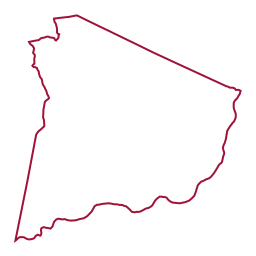 the district of Barão de Grajaú, Maranhão, Brazil
{"feature_id": "56859067B33143624051874", "entity_name": "Barão de Grajaú", "entity_type": "district", "adm_level": 2, "iso_a3": "BRA", "parent_name": "Brazil", "parent_adm1": "Maranhão", "projection": "natural_earth1", "projection_center": [-43.215, -6.594], "detail": "fine", "context": "isolated", "style": "outline", "palette": "rose", "viewbox_px": 256, "rotation_deg": 0, "n_neighbors": 0, "source": "geoboundaries", "source_scale": "gbopen_adm2", "svg_char_len": 2713}
<svg xmlns="http://www.w3.org/2000/svg" viewBox="0 0 256 256"><path d="M234.8,88.5L232.8,87.7L229.6,87.6L228.2,86.7L226.2,86.2L205.4,76.6L172.2,61.3L152.8,52.3L141.2,46.6L139.8,45.9L112.1,32.5L110.1,31.5L107.2,30.1L98.2,25.8L76.9,15.4L75.0,15.7L68.9,16.9L61.3,17.7L54.0,18.6L54.3,20.8L54.7,22.1L55.7,23.5L56.3,25.6L56.9,27.9L57.1,30.2L56.9,32.2L57.6,33.5L59.2,34.3L58.5,35.8L58.6,37.2L57.9,38.6L56.9,39.5L56.0,40.5L54.9,39.7L54.3,38.2L53.2,37.8L49.9,37.4L48.6,36.7L47.2,36.6L46.1,36.9L44.6,37.5L43.5,37.7L41.7,38.0L40.5,38.5L39.5,39.6L38.2,40.2L36.2,40.5L33.4,41.0L29.0,41.9L30.0,43.7L31.1,44.8L32.6,45.8L34.0,48.2L33.9,49.9L33.4,51.6L33.1,52.9L34.6,54.7L34.9,56.1L34.2,58.9L34.4,61.5L34.4,63.7L33.3,64.5L32.4,65.7L33.6,67.0L35.3,67.2L36.9,68.0L37.6,69.9L38.7,71.4L38.9,73.3L39.9,76.6L40.6,77.8L41.8,79.2L42.2,81.5L42.6,83.7L43.5,85.6L44.5,87.1L45.3,89.0L46.4,91.1L47.2,94.3L48.2,95.7L49.0,98.2L47.8,99.4L46.6,100.1L44.9,101.8L44.6,103.4L43.7,108.4L43.4,109.7L43.4,111.9L43.2,115.1L43.1,117.6L43.8,119.5L44.1,121.2L44.1,122.7L44.3,124.6L44.2,126.3L40.3,129.9L39.2,130.7L38.1,131.8L37.1,133.1L36.1,135.0L27.4,181.0L15.4,240.6L17.0,239.4L17.9,238.4L19.0,237.5L20.0,237.1L22.6,237.1L24.0,237.3L26.6,238.8L28.1,239.3L29.4,239.4L31.7,239.1L33.6,238.5L34.5,237.8L35.6,236.0L37.7,234.7L40.2,235.7L41.1,234.5L41.4,232.8L40.9,229.9L41.4,228.2L43.8,227.1L46.0,227.8L48.1,228.0L50.5,228.6L52.4,226.6L54.1,221.8L56.3,219.4L58.4,218.7L62.1,219.4L64.8,219.1L67.3,220.1L70.8,220.6L74.7,220.4L77.3,219.9L78.4,219.4L81.5,218.7L83.9,218.2L86.5,216.6L87.5,215.9L89.5,213.8L90.5,212.8L91.8,211.3L94.6,206.2L96.9,204.8L98.8,204.7L102.2,203.9L108.3,203.3L110.0,203.4L114.5,204.3L117.1,204.3L119.5,204.9L122.4,205.0L124.2,205.9L126.1,206.3L128.8,208.6L132.0,211.9L134.9,212.3L136.4,211.9L138.7,211.9L140.7,211.4L145.8,208.6L148.8,207.8L150.6,206.8L152.3,205.4L155.1,200.6L156.8,198.8L159.5,196.7L161.5,196.6L163.0,197.0L165.2,197.1L166.7,197.8L168.1,199.7L169.7,201.0L171.1,201.9L172.8,202.6L175.6,202.9L177.6,203.1L178.7,203.2L180.2,203.3L181.8,202.8L183.1,202.6L184.7,202.3L186.5,201.7L188.5,200.8L189.7,200.3L190.8,199.2L192.0,198.2L194.5,195.5L194.9,194.1L195.7,192.2L196.6,189.1L197.4,186.8L197.7,185.5L199.2,183.6L201.1,181.7L204.0,180.6L205.7,179.5L208.7,178.5L210.7,177.1L213.9,173.3L217.2,168.0L218.7,165.3L220.0,163.8L221.2,163.1L222.0,161.9L223.4,155.7L224.1,154.2L224.2,152.3L223.5,150.7L222.9,147.7L223.7,144.9L224.7,143.0L225.9,139.0L227.2,130.9L228.2,129.2L229.8,126.7L231.6,124.3L232.6,122.8L233.8,121.8L235.3,118.8L235.8,116.7L235.7,113.5L234.1,109.4L233.7,107.4L233.7,103.1L234.7,100.8L237.1,98.4L238.6,95.7L239.7,94.1L240.6,90.8L238.8,89.9L235.7,89.9L234.8,88.5Z" fill="none" stroke="#9f1239" stroke-width="2"/></svg>